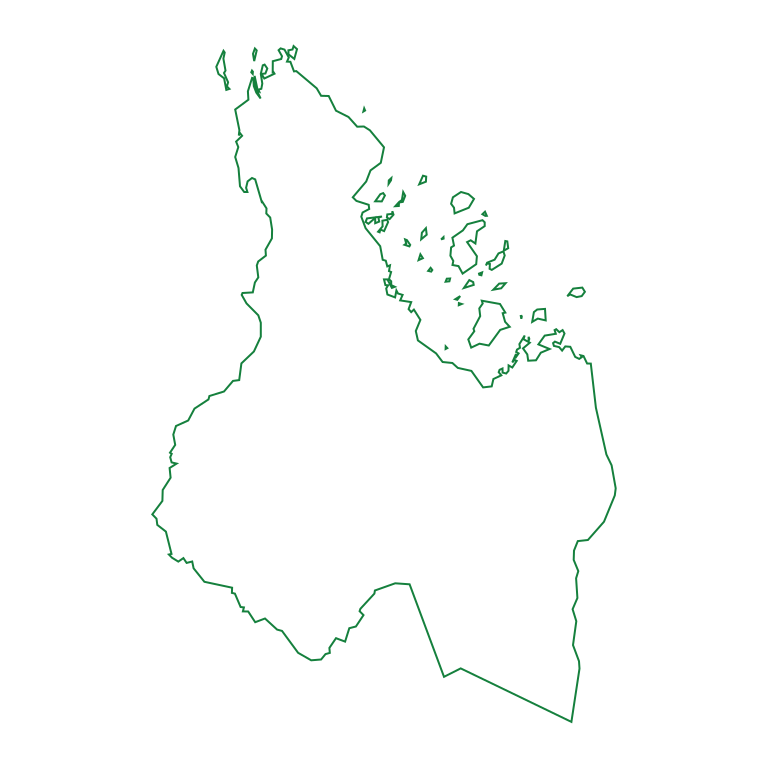 Ghelaelo, Semenawi Keyih Bahri, Eritrea (Natural Earth projection)
{"feature_id": "51966322B44831299318058", "entity_name": "Ghelaelo", "entity_type": "district", "adm_level": 2, "iso_a3": "ERI", "parent_name": "Eritrea", "parent_adm1": "Semenawi Keyih Bahri", "projection": "natural_earth1", "projection_center": [40.103, 14.909], "detail": "fine", "context": "isolated", "style": "outline", "palette": "green", "viewbox_px": 768, "rotation_deg": 0, "n_neighbors": 0, "source": "geoboundaries", "source_scale": "gbopen_adm2", "svg_char_len": 6090}
<svg xmlns="http://www.w3.org/2000/svg" viewBox="0 0 768 768"><path d="M590.8,363.6L587.1,363.5L583.5,356.0L580.6,355.3L581.7,357.2L579.2,358.9L575.2,356.9L570.3,346.8L565.3,346.4L562.1,350.6L559.1,347.1L553.9,345.9L553.1,343.1L554.9,341.6L560.2,343.8L564.5,333.5L562.6,330.1L559.4,332.2L556.2,329.2L554.6,330.1L555.8,333.8L544.7,335.6L538.4,344.4L549.6,349.0L540.8,352.7L536.0,360.3L528.2,360.7L527.3,354.4L523.0,348.4L529.8,342.7L523.5,339.2L524.7,335.5L519.4,344.1L520.0,347.8L517.0,349.6L516.2,352.0L518.6,353.4L516.2,356.8L516.0,354.0L512.3,362.4L514.5,360.0L516.7,360.9L512.3,367.5L508.6,365.4L508.5,370.8L506.2,373.5L502.6,372.6L502.5,368.5L499.6,369.8L498.7,372.2L501.3,375.3L493.4,379.0L491.7,386.4L483.1,387.4L471.4,370.9L457.8,367.9L452.4,363.0L442.6,362.0L436.1,353.4L417.9,340.4L415.8,331.0L420.4,319.9L413.9,309.6L411.2,312.1L408.6,309.1L411.2,302.1L400.2,300.4L402.6,294.9L398.0,293.5L396.4,290.5L395.1,297.4L387.4,294.5L386.2,288.5L388.1,285.3L385.4,285.1L384.0,279.4L387.4,279.4L391.9,287.9L394.8,286.8L391.2,285.1L391.2,281.3L389.0,279.2L391.1,272.0L389.0,271.1L390.0,265.3L387.3,266.4L385.8,260.7L382.7,259.8L380.2,246.2L365.6,228.2L361.3,216.7L362.6,212.5L369.2,209.0L368.7,204.8L356.4,200.9L352.8,197.3L366.2,181.5L370.5,170.4L380.8,162.8L384.0,147.3L369.9,130.3L363.9,126.5L357.2,126.7L348.5,117.0L336.0,110.7L328.7,96.0L321.1,95.8L316.7,88.3L296.3,71.1L294.0,71.4L290.4,61.8L287.0,61.6L288.8,57.5L284.5,49.6L280.6,48.4L278.6,50.2L282.0,56.2L281.2,59.0L272.8,61.2L272.7,72.1L273.3,71.8L274.5,73.7L264.3,78.5L261.5,73.9L265.4,73.5L267.3,68.5L264.6,64.6L262.8,65.3L260.8,73.8L262.3,83.6L261.3,88.8L258.4,89.6L259.2,91.5L257.8,90.8L254.6,75.9L254.6,85.5L260.6,98.5L256.3,92.6L253.8,86.1L253.3,78.3L252.1,77.9L247.9,91.3L248.4,99.7L235.2,109.5L239.4,130.2L238.8,135.5L240.0,133.1L242.1,135.8L236.1,141.6L238.3,147.1L235.2,157.0L238.5,168.0L240.0,186.3L244.2,192.0L247.4,192.0L246.1,187.8L247.6,181.4L252.0,178.0L255.2,179.4L262.1,203.1L262.1,201.5L266.5,208.4L266.3,213.5L270.2,217.5L272.1,229.6L271.9,238.4L265.5,249.7L265.9,255.6L258.2,261.5L256.8,265.5L258.3,277.4L254.9,282.5L252.8,292.4L242.5,293.0L241.7,294.9L246.5,303.4L258.3,315.3L260.8,322.7L260.8,336.7L253.9,351.5L241.4,363.4L239.2,380.1L233.0,380.9L224.0,391.5L209.4,396.0L208.5,399.4L194.5,408.6L188.2,420.5L176.0,426.0L173.3,434.6L175.2,444.9L170.0,452.7L171.7,453.8L170.2,457.2L171.6,462.4L176.6,463.6L169.6,468.0L170.6,477.7L162.7,490.0L162.4,500.9L152.3,514.4L156.5,518.7L157.3,524.9L165.9,531.6L171.5,553.9L168.9,554.5L172.0,557.7L178.3,561.6L183.4,558.1L186.6,562.9L192.2,561.5L193.6,568.3L204.4,581.8L232.1,587.7L231.9,592.9L234.9,593.6L240.6,607.0L243.9,607.4L242.9,611.4L248.2,611.5L255.2,622.2L265.0,618.5L277.1,629.6L282.0,630.9L298.1,652.8L311.2,660.3L321.1,659.5L325.5,654.1L329.8,652.9L329.4,647.9L336.0,638.2L345.1,641.6L349.3,628.2L355.9,626.5L363.5,615.1L359.6,611.2L360.4,608.8L374.4,593.6L374.9,590.5L395.2,583.3L409.6,584.3L444.0,676.8L460.7,668.4L571.4,721.9L579.5,668.6L579.0,661.2L573.0,645.1L576.3,621.2L572.6,609.2L577.4,598.0L576.1,578.3L578.3,571.1L573.7,559.9L574.0,550.6L577.8,541.1L587.9,540.0L604.0,521.7L614.8,495.4L615.7,488.3L611.6,465.3L606.4,454.5L595.9,407.7L590.8,363.6ZM500.0,304.0L481.8,300.7L482.7,303.5L479.3,308.4L480.2,316.1L473.5,328.8L474.3,331.2L468.3,339.4L471.2,347.6L479.5,343.7L488.8,345.5L500.2,329.9L509.7,326.8L505.1,321.8L502.7,313.2L505.3,312.6L500.0,304.0ZM482.5,220.2L467.4,224.2L462.9,230.4L452.4,237.7L454.0,245.6L451.1,247.4L450.4,255.7L453.3,261.0L452.5,265.0L458.5,266.1L462.6,273.6L476.2,264.2L476.9,256.2L467.1,242.1L470.7,240.3L475.4,243.5L477.0,231.3L484.7,226.1L484.7,222.3L482.5,220.2ZM468.8,207.7L474.0,198.9L468.4,194.1L461.0,192.0L452.9,197.3L451.1,203.8L454.0,207.7L454.6,213.4L468.8,207.7ZM224.7,52.5L223.5,50.8L216.3,66.8L218.5,74.0L224.1,78.3L226.3,89.9L229.4,88.9L226.9,86.4L228.1,82.3L224.0,73.0L225.5,70.6L223.4,58.6L224.7,52.5ZM503.4,251.4L498.5,253.4L494.6,259.7L487.1,262.7L485.9,265.5L487.1,263.4L489.9,264.0L489.6,268.8L491.8,269.9L501.7,263.6L504.7,255.5L503.4,251.4ZM582.3,287.6L573.2,288.6L567.3,296.2L570.1,294.4L576.6,297.1L581.7,296.1L584.9,291.8L582.3,287.6ZM545.0,308.9L537.2,309.5L533.9,312.1L532.2,321.9L537.8,318.6L545.7,320.4L545.0,308.9ZM293.6,46.1L292.5,49.5L288.4,50.3L288.5,54.3L294.3,58.9L297.0,49.1L293.6,46.1ZM382.0,216.5L367.0,218.4L365.6,221.9L368.4,223.8L375.2,217.9L375.2,223.2L379.2,221.6L378.4,217.6L382.0,216.5ZM387.2,219.8L382.4,220.7L382.6,226.4L378.1,231.7L379.6,232.3L380.3,229.5L384.1,231.1L388.1,222.1L387.2,219.8ZM505.6,283.2L499.2,283.6L493.3,289.7L501.2,288.3L505.6,283.2ZM473.7,284.9L473.2,282.1L469.3,280.1L463.9,288.0L473.7,284.9ZM383.2,193.1L380.3,194.2L375.2,201.3L381.8,201.4L384.9,195.5L383.2,193.1ZM425.9,181.7L426.2,176.6L423.0,175.7L419.2,184.3L425.9,181.7ZM421.2,239.3L426.7,234.7L425.9,228.2L421.9,232.7L421.2,239.3ZM508.2,248.2L507.3,241.4L505.3,241.0L503.8,250.7L508.2,248.2ZM402.8,201.9L405.2,195.8L403.2,192.1L401.9,200.0L399.2,201.9L395.3,206.2L398.8,206.0L399.0,202.5L402.8,201.9ZM254.2,61.1L256.7,50.4L254.9,48.5L253.0,53.8L254.2,61.1ZM393.5,214.7L392.4,211.2L392.1,213.9L387.3,214.4L386.9,217.5L389.6,219.1L393.5,214.7ZM422.9,258.2L420.4,254.3L418.6,260.1L422.9,258.2ZM410.2,244.9L406.9,240.1L405.1,239.4L406.2,243.6L404.5,244.8L409.4,246.4L410.2,244.9ZM450.1,278.5L446.8,278.7L445.6,281.7L449.4,281.3L450.1,278.5ZM486.8,215.8L485.0,211.7L482.4,214.2L485.3,215.9L486.8,215.8ZM432.3,270.0L430.6,267.8L428.2,270.9L431.2,271.6L432.3,270.0ZM457.3,299.8L460.2,296.1L455.3,299.2L457.3,299.8ZM482.1,272.4L479.0,273.6L479.3,274.8L481.4,275.3L482.1,272.4ZM458.8,305.2L461.7,304.0L458.9,303.1L458.8,305.2ZM388.6,183.9L391.0,180.3L391.3,178.1L388.8,180.4L388.6,183.9ZM252.7,73.9L252.9,71.7L252.0,70.6L251.3,72.3L252.7,73.9ZM441.1,239.4L443.6,238.6L443.5,237.1L441.1,239.4ZM529.3,338.9L528.6,336.8L528.6,341.0L529.3,338.9ZM445.6,349.0L447.3,348.1L445.7,346.4L445.6,349.0ZM363.4,111.5L365.1,110.5L364.2,108.4L363.4,111.5ZM521.3,318.8L521.8,316.6L521.5,315.9L520.8,316.0L521.3,318.8ZM257.6,93.2L256.4,90.1L256.6,91.9L257.6,93.2Z" fill="none" stroke="#15803d" stroke-width="2"/></svg>